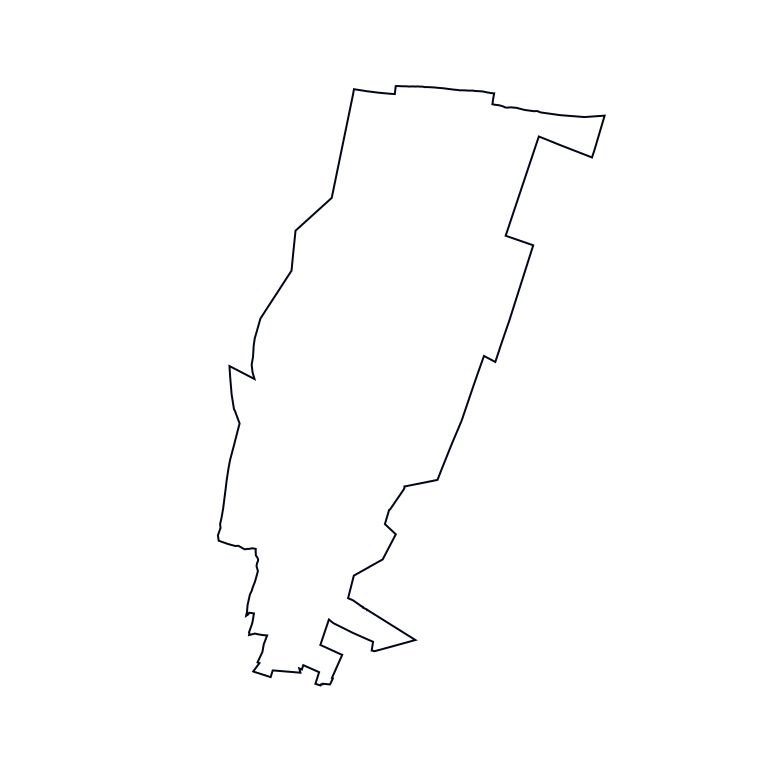 the district of Ixil, Yucatán, Mexico, rotated 13°
{"feature_id": "50627088B50740950401551", "entity_name": "Ixil", "entity_type": "district", "adm_level": 2, "iso_a3": "MEX", "parent_name": "Mexico", "parent_adm1": "Yucatán", "projection": "robinson", "projection_center": [-89.477, 21.229], "detail": "fine", "context": "isolated", "style": "outline", "palette": "ink", "viewbox_px": 768, "rotation_deg": 13, "n_neighbors": 0, "source": "geoboundaries", "source_scale": "gbopen_adm2", "svg_char_len": 3054}
<svg xmlns="http://www.w3.org/2000/svg" viewBox="0 0 768 768"><g transform="rotate(13 384 384)"><path d="M457.7,465.4L459.2,455.0L463.5,427.4L467.9,402.2L471.7,364.4L473.0,352.4L475.1,334.2L487.5,337.5L489.2,319.1L491.9,293.2L498.2,215.3L469.2,212.2L476.8,132.8L479.2,108.0L502.0,111.6L535.7,116.5L535.8,115.3L536.4,109.2L538.6,72.9L519.3,78.8L495.3,82.4L476.1,84.1L474.2,84.0L472.5,83.6L470.7,83.8L469.2,84.4L459.8,85.3L457.8,85.3L451.1,85.1L445.3,85.9L441.9,87.0L440.0,87.3L438.2,86.8L434.0,86.5L432.4,86.6L428.9,87.0L426.7,87.0L426.6,85.6L426.3,83.0L426.2,81.3L426.1,78.9L426.0,76.0L422.9,76.5L421.3,76.5L418.5,76.7L415.3,76.7L413.3,76.9L411.9,77.1L410.4,77.4L406.7,78.0L404.1,78.2L400.1,79.2L396.7,79.7L393.8,80.3L391.9,80.8L390.0,80.9L387.0,81.3L384.5,81.6L379.6,82.1L375.2,82.5L370.5,83.2L366.5,83.7L364.3,84.1L361.6,84.5L358.2,85.2L356.8,85.6L355.5,85.5L353.7,85.8L351.8,86.2L349.7,86.5L347.4,87.2L345.3,87.5L343.5,88.0L341.1,88.6L339.3,88.8L335.3,89.7L330.3,90.6L328.4,91.1L329.3,99.1L326.7,99.5L324.1,99.9L319.7,100.5L316.0,101.0L312.2,101.5L308.9,101.8L304.2,102.3L301.5,102.6L298.0,102.8L295.7,103.0L293.1,103.2L291.5,103.3L288.4,103.5L288.6,107.1L288.7,109.4L291.2,214.4L263.3,254.5L266.3,278.3L268.4,294.4L265.4,302.6L260.8,315.3L252.5,338.0L250.5,343.6L248.9,347.9L248.8,349.3L248.5,355.5L248.2,361.4L247.9,366.8L247.8,368.5L248.4,375.9L250.3,387.2L250.7,395.0L253.4,402.4L256.7,408.3L229.4,401.3L232.4,411.4L237.9,428.5L243.5,442.3L244.8,443.7L252.2,455.0L251.9,464.2L251.6,477.6L251.1,492.7L251.5,501.7L252.4,513.6L253.4,522.8L255.2,540.7L255.8,550.7L255.8,557.3L257.1,561.0L256.2,568.8L258.2,573.9L268.0,575.0L275.6,575.3L278.5,574.4L285.3,576.4L286.7,576.0L287.9,575.4L289.4,575.1L292.5,573.7L296.1,573.5L296.3,574.5L296.5,575.3L296.7,576.5L296.8,576.5L297.4,578.7L297.7,579.9L299.4,581.3L300.4,582.6L300.8,583.3L301.0,584.7L300.6,587.3L300.7,589.0L300.7,589.8L301.0,590.6L301.6,591.7L302.8,593.8L303.1,594.4L303.2,596.0L302.8,604.8L302.6,606.7L301.8,612.1L301.7,615.0L300.7,619.2L300.8,630.1L301.9,637.9L301.7,638.7L301.8,640.9L303.5,639.1L304.0,637.2L308.9,636.8L309.4,645.2L309.3,648.5L308.3,656.4L308.9,657.0L309.0,658.4L309.0,658.6L309.0,658.9L309.0,659.0L314.0,656.4L314.3,656.2L317.5,656.2L322.4,655.9L326.7,655.3L325.4,664.5L325.8,672.4L323.4,683.7L325.4,684.0L321.2,693.5L321.5,693.6L339.5,695.1L340.0,688.1L358.4,685.4L367.5,684.1L365.4,680.2L368.2,680.7L368.6,676.1L371.7,676.7L385.6,679.4L384.6,691.6L390.0,692.0L390.2,690.8L391.3,690.3L391.8,690.4L391.9,689.8L399.0,688.9L400.4,682.4L399.4,682.2L404.2,657.3L401.3,656.8L380.7,652.6L383.3,625.9L388.4,628.4L407.5,633.0L409.1,633.4L426.1,636.7L428.9,637.2L431.3,637.6L432.0,646.5L435.1,646.4L472.2,626.4L419.2,608.1L418.8,608.1L418.5,608.2L418.4,607.9L418.4,607.7L416.6,607.2L413.6,606.6L413.7,606.0L411.1,605.4L411.1,605.2L402.3,601.7L397.2,600.8L397.7,577.5L410.5,565.9L410.6,565.7L422.2,555.2L429.2,528.2L429.3,528.0L429.3,527.8L416.4,520.3L417.3,505.5L418.1,504.9L427.0,482.2L427.3,480.7L426.9,479.3L457.7,465.4Z" fill="none" stroke="#020617" stroke-width="2"/></g></svg>